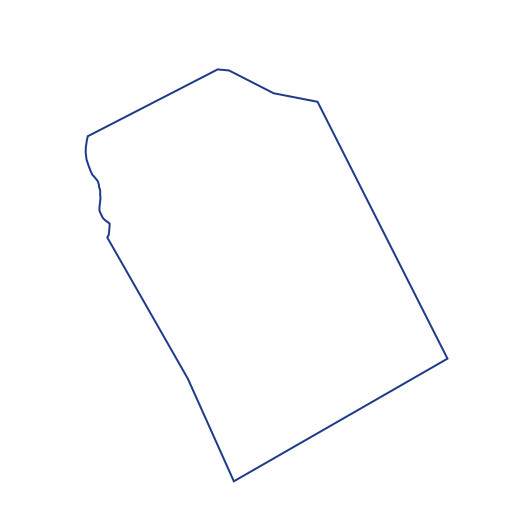 outline of Morne Le Blanc, Laborie, Saint Lucia, rotated 331°
{"feature_id": "8701671B76730810017081", "entity_name": "Morne Le Blanc", "entity_type": "district", "adm_level": 2, "iso_a3": "LCA", "parent_name": "Saint Lucia", "parent_adm1": "Laborie", "projection": "albers", "projection_center": [-61.001, 13.759], "detail": "fine", "context": "isolated", "style": "outline", "palette": "blue", "viewbox_px": 512, "rotation_deg": 331, "n_neighbors": 0, "source": "geoboundaries", "source_scale": "gbopen_adm2", "svg_char_len": 626}
<svg xmlns="http://www.w3.org/2000/svg" viewBox="0 0 512 512"><g transform="rotate(331 256 256)"><path d="M373.7,438.6L384.6,151.0L350.3,122.2L322.3,80.6L312.9,74.2L166.9,69.7L163.6,73.5L159.9,78.4L157.4,82.5L154.6,89.3L153.5,94.9L152.5,101.8L152.3,106.0L153.0,108.4L153.9,114.0L153.1,117.5L152.2,119.6L151.6,122.8L150.6,124.9L149.6,126.3L148.6,128.9L146.8,131.8L144.8,134.6L142.3,138.1L141.1,140.4L140.7,143.5L140.5,148.8L141.7,152.4L143.7,156.5L143.0,158.0L141.9,159.7L139.3,163.5L137.3,166.3L136.2,166.8L134.9,167.8L136.9,330.2L132.6,381.1L127.4,442.3L373.7,438.6Z" fill="none" stroke="#1e3a8a" stroke-width="2"/></g></svg>